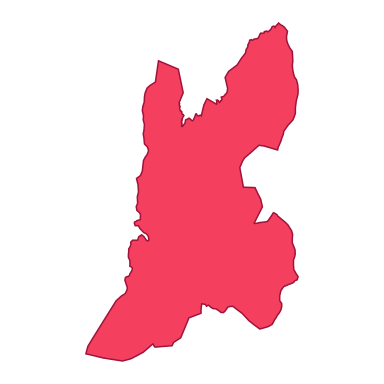 Rafi, Niger, Nigeria
{"feature_id": "59680162B49809531314946", "entity_name": "Rafi", "entity_type": "district", "adm_level": 2, "iso_a3": "NGA", "parent_name": "Nigeria", "parent_adm1": "Niger", "projection": "equal_earth", "projection_center": [6.279, 10.195], "detail": "fine", "context": "isolated", "style": "filled", "palette": "rose", "viewbox_px": 384, "rotation_deg": 0, "n_neighbors": 0, "source": "geoboundaries", "source_scale": "gbopen_adm2", "svg_char_len": 5725}
<svg xmlns="http://www.w3.org/2000/svg" viewBox="0 0 384 384"><path d="M158.5,60.8L155.4,82.0L149.8,85.6L147.1,88.1L145.2,92.7L144.5,96.5L144.3,100.1L144.3,100.8L144.3,101.2L144.2,101.4L144.2,102.3L143.9,103.2L143.9,103.4L143.7,103.7L143.4,104.7L142.8,106.5L142.7,107.7L142.6,108.1L142.5,108.8L142.5,109.2L142.5,109.3L142.3,110.7L142.8,112.6L142.8,112.9L143.1,114.1L143.2,114.6L143.5,115.9L143.2,119.8L144.4,124.3L144.0,130.1L143.2,134.0L143.9,137.8L144.0,138.6L144.0,139.0L144.2,141.3L144.3,142.1L144.5,144.0L147.6,147.2L148.5,150.8L147.1,154.6L145.4,156.9L143.5,160.4L142.3,171.1L140.4,175.6L138.2,177.2L136.5,178.5L138.0,184.7L138.5,192.1L137.3,196.6L137.6,203.4L136.2,206.6L136.9,210.5L138.7,211.9L140.3,214.0L140.5,216.2L140.3,217.2L140.4,219.1L139.9,219.9L138.4,220.1L137.0,220.6L136.0,221.4L134.6,222.0L134.3,223.1L135.2,225.7L138.3,225.7L140.0,228.6L143.8,232.6L146.6,233.9L148.3,236.4L148.9,239.6L148.1,240.9L146.4,240.3L143.9,236.6L141.6,234.8L138.7,236.8L137.6,240.2L132.6,240.2L130.7,242.2L130.9,244.5L130.2,246.5L128.7,248.9L128.7,251.9L128.4,254.3L128.4,257.3L129.9,260.6L129.9,266.4L130.9,266.7L132.2,267.7L132.2,269.7L131.2,271.7L129.9,273.8L129.4,275.4L128.4,276.5L127.2,276.5L125.4,277.5L124.9,280.2L127.4,287.9L126.7,290.6L125.2,293.6L121.4,296.0L116.2,300.7L92.7,338.3L87.9,346.3L85.9,353.8L103.4,358.0L122.6,361.0L131.1,358.7L143.3,352.2L151.8,344.8L153.0,343.9L154.4,346.5L154.6,346.8L155.1,347.1L172.1,345.7L173.6,342.4L180.7,337.8L189.0,317.8L201.0,313.3L201.1,308.7L201.7,303.8L205.4,304.4L206.5,306.2L208.6,305.2L211.1,307.5L213.1,308.6L215.9,308.8L219.1,310.9L220.8,312.4L223.4,312.6L225.0,311.2L227.9,307.0L230.8,306.4L233.0,306.4L237.5,309.9L242.3,313.5L245.9,317.4L248.8,320.6L254.1,324.8L259.8,329.0L265.6,327.4L268.7,326.4L272.3,324.2L274.5,320.0L276.1,317.7L277.3,315.4L279.3,312.9L280.9,309.9L281.7,306.7L281.7,303.5L279.7,300.6L279.7,295.7L280.9,290.6L283.6,286.7L288.9,284.4L291.4,283.5L293.5,282.5L295.0,280.6L297.1,279.9L298.1,276.7L296.2,273.8L293.8,269.6L293.5,264.7L293.5,259.9L294.7,256.7L295.2,254.1L295.0,249.6L292.3,242.8L292.3,238.9L292.6,234.4L291.6,230.8L291.1,230.1L291.0,229.9L290.9,229.6L290.5,229.0L289.9,228.1L288.0,225.0L285.4,222.4L277.7,216.0L277.0,214.7L273.8,212.7L273.0,213.1L272.9,213.3L272.8,213.6L272.7,213.8L272.5,214.1L272.3,214.4L272.0,215.0L270.6,217.0L268.8,219.6L268.4,220.2L268.2,220.5L267.8,220.9L267.5,221.2L267.3,221.3L267.1,221.5L266.8,221.6L266.5,221.7L265.9,221.8L265.7,221.8L265.1,221.9L264.8,222.0L263.5,222.1L261.8,222.3L259.2,222.6L258.8,222.9L258.2,222.9L257.1,223.2L255.5,223.4L255.0,223.5L254.6,223.3L254.2,223.1L262.4,206.9L260.7,199.2L257.8,193.6L255.0,187.6L243.4,187.2L239.8,167.6L242.7,160.8L244.7,157.8L251.3,152.1L258.9,145.3L264.1,146.0L277.6,150.0L278.1,147.5L280.8,141.4L282.0,137.5L283.2,134.6L283.9,131.1L288.0,125.3L292.8,120.1L294.2,116.9L295.4,113.3L295.4,107.8L296.2,101.2L298.0,94.0L298.1,89.3L297.7,84.6L296.5,79.9L294.4,76.8L293.5,73.6L292.8,70.1L292.3,65.2L292.8,61.7L292.7,58.1L292.3,51.4L289.9,48.1L287.7,43.6L286.7,40.3L286.5,36.5L287.5,31.3L284.4,27.2L282.2,25.5L280.8,24.9L278.6,23.0L277.5,24.3L276.2,25.6L275.1,27.4L274.4,26.4L273.4,26.1L272.0,26.9L271.0,29.2L269.4,30.6L268.3,31.7L267.5,31.8L267.0,31.1L265.4,31.3L264.3,31.7L264.3,32.6L264.1,33.1L262.9,33.1L261.9,33.4L261.0,33.0L260.3,33.7L259.7,34.6L259.2,36.2L258.4,37.5L257.7,38.5L255.8,38.8L254.4,39.1L254.1,39.2L253.5,39.4L253.4,39.4L252.9,40.1L252.3,40.3L251.1,39.6L249.8,40.3L249.6,40.3L249.5,41.6L249.0,42.4L248.9,43.0L248.5,43.7L248.2,44.6L247.8,44.9L247.9,46.7L247.8,46.9L247.4,47.4L247.2,47.7L247.0,48.1L246.8,48.5L246.3,49.1L246.1,49.7L246.0,50.2L245.9,50.8L245.7,52.3L245.3,53.3L241.4,58.3L237.1,65.0L228.6,71.4L225.1,77.5L227.3,87.1L227.7,88.2L227.4,89.4L227.3,90.9L227.0,92.2L226.7,93.0L226.5,93.4L226.2,93.8L225.6,94.0L223.7,96.4L223.5,96.6L223.3,96.6L221.6,96.9L221.2,97.1L221.3,97.6L221.4,97.9L221.7,98.6L221.9,99.4L221.8,99.8L221.7,100.1L221.4,100.3L221.0,100.5L220.7,100.7L220.3,101.6L219.7,102.4L219.4,102.5L219.3,102.3L219.1,102.0L218.9,101.7L218.5,100.8L218.0,100.4L217.4,100.1L217.2,100.0L216.8,100.1L216.4,100.2L216.6,100.6L216.8,100.9L216.8,101.6L216.8,102.3L216.7,103.0L216.7,103.3L216.7,103.9L216.6,104.1L216.3,104.2L216.2,104.0L207.0,98.7L203.9,104.9L201.3,115.8L200.8,115.4L200.2,115.1L199.1,115.8L198.5,115.9L197.8,115.7L197.2,115.4L196.5,113.9L196.1,113.9L195.7,114.0L194.8,116.8L194.1,118.2L193.5,119.8L192.8,120.5L192.5,120.8L192.1,120.7L191.7,120.4L191.1,119.8L190.4,119.3L189.7,118.4L189.1,118.2L188.5,118.3L188.1,118.9L186.8,119.4L186.0,119.6L185.5,120.2L185.2,121.7L185.2,122.0L184.9,123.4L184.1,124.3L183.5,124.9L182.8,126.1L182.4,126.3L181.7,126.4L181.7,125.8L181.8,125.0L182.0,123.7L181.9,123.6L181.7,123.4L181.5,123.2L181.8,122.7L181.8,122.1L181.6,121.9L181.7,121.6L181.7,121.4L181.5,121.2L181.8,120.8L181.8,120.5L181.8,120.4L182.1,120.3L182.2,119.9L182.1,119.6L182.0,119.4L182.0,119.2L182.3,119.1L182.4,118.9L182.4,118.7L182.6,117.9L182.7,117.4L182.8,117.2L183.2,116.8L183.4,116.2L183.5,115.9L183.8,115.8L183.9,115.7L183.9,115.4L183.7,115.3L183.6,115.2L183.4,114.8L183.3,114.6L183.1,114.5L182.8,114.4L182.6,114.4L182.4,114.3L182.3,114.2L182.2,113.8L181.9,113.3L181.7,112.7L181.8,112.4L181.9,112.2L181.6,111.5L181.4,111.4L181.0,111.3L180.6,111.1L180.7,110.8L180.7,110.6L180.3,110.1L180.2,110.2L180.0,109.7L179.9,109.3L179.9,109.2L179.7,108.5L179.6,108.2L179.6,107.9L179.8,107.6L179.9,107.0L180.0,106.7L180.1,106.4L180.0,106.2L179.8,106.0L179.6,106.0L179.4,105.8L179.5,105.6L179.5,105.4L179.4,105.2L179.3,104.9L179.2,104.7L179.4,104.3L179.5,104.1L179.6,103.9L179.4,103.8L179.3,103.7L179.2,103.5L179.2,103.4L179.3,103.0L179.2,102.6L183.2,92.7L178.3,69.2L158.5,60.8Z" fill="#f43f5e" stroke="#9f1239" stroke-width="1.5"/></svg>